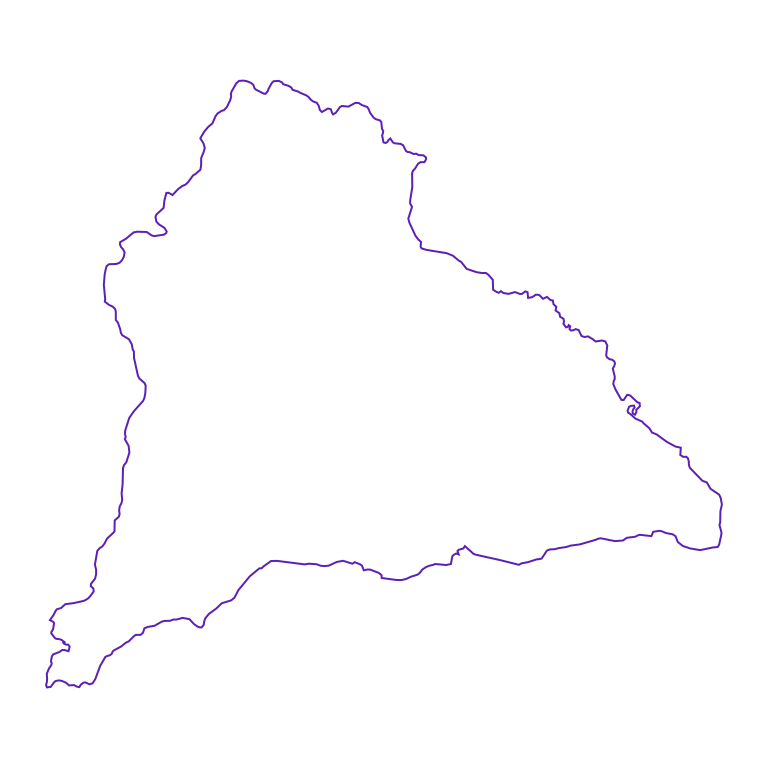 Ermera, Ermera, East Timor, rotated 270°
{"feature_id": "22284137B14876648157947", "entity_name": "Ermera", "entity_type": "district", "adm_level": 2, "iso_a3": "TLS", "parent_name": "East Timor", "parent_adm1": "Ermera", "projection": "orthographic", "projection_center": [125.411, -8.766], "detail": "fine", "context": "isolated", "style": "outline", "palette": "violet", "viewbox_px": 768, "rotation_deg": 270, "n_neighbors": 0, "source": "geoboundaries", "source_scale": "gbopen_adm2", "svg_char_len": 6075}
<svg xmlns="http://www.w3.org/2000/svg" viewBox="0 0 768 768"><g transform="rotate(270 384 384)"><path d="M575.1,166.4L568.0,164.5L560.1,163.6L553.5,156.4L551.0,155.5L546.4,156.4L543.5,159.1L540.1,164.5L536.5,166.7L534.9,166.2L533.4,164.1L531.9,154.3L532.5,151.8L536.0,146.7L536.3,137.3L535.6,133.6L529.1,125.8L525.9,120.2L523.7,119.9L520.9,121.1L518.6,123.1L515.6,124.6L511.1,123.8L507.8,122.0L505.2,119.5L504.0,116.1L503.8,109.1L501.9,106.6L498.7,105.7L493.8,104.7L483.2,103.8L468.9,105.2L466.4,104.8L463.1,109.0L461.4,112.6L459.1,115.1L456.2,115.8L448.0,115.8L445.4,117.9L438.8,120.2L435.1,120.9L432.8,122.2L428.7,129.0L423.7,131.8L418.5,132.7L416.6,133.9L410.1,134.0L392.1,138.0L389.5,139.4L384.9,144.6L382.2,145.7L374.8,145.3L370.1,144.4L367.1,143.1L356.8,133.9L350.0,129.2L337.4,125.2L334.1,125.0L330.9,125.7L328.9,124.8L322.2,128.6L315.4,129.4L305.7,126.3L303.0,124.1L300.1,123.0L283.5,122.6L274.7,121.6L268.2,122.2L264.9,121.5L261.5,119.7L257.5,119.1L254.2,119.6L251.3,118.9L247.6,114.7L236.7,114.5L234.8,112.9L229.4,107.0L224.6,104.6L221.7,102.4L219.6,99.4L217.1,97.3L203.4,94.9L198.4,96.1L193.8,96.1L189.4,95.1L184.1,91.0L181.8,90.8L179.4,93.4L176.6,93.7L171.8,90.2L169.6,88.1L168.0,85.6L167.0,83.3L164.9,73.7L163.8,65.3L160.0,61.1L158.7,56.8L156.9,55.5L152.9,53.5L147.9,49.9L146.2,53.1L144.9,54.1L138.5,53.0L136.2,51.4L134.8,51.2L133.6,52.1L129.8,55.1L129.2,56.2L128.9,59.1L128.1,61.6L125.9,64.5L125.2,63.3L124.5,63.8L123.4,66.0L123.4,68.1L121.7,69.5L121.0,69.6L116.8,68.5L118.0,64.4L118.0,62.2L116.0,59.3L113.6,53.1L111.7,51.9L106.6,50.9L105.0,51.7L103.1,51.4L99.4,48.9L94.3,46.8L89.4,47.1L86.1,46.9L83.1,46.1L80.6,46.9L81.1,50.7L85.6,54.0L87.0,55.7L87.6,59.0L87.1,61.9L85.2,66.1L82.6,69.0L82.9,74.1L81.4,76.8L80.9,79.3L83.2,80.7L85.3,83.4L85.6,85.4L83.7,89.5L84.6,92.5L88.9,95.3L102.2,100.2L111.1,105.4L112.0,107.1L112.6,109.6L114.1,111.7L116.5,112.7L117.7,114.1L121.5,121.1L125.4,126.0L126.6,128.7L131.9,134.0L133.1,135.9L133.1,140.5L135.3,143.0L139.7,144.4L141.1,147.9L142.2,154.5L146.4,161.9L147.1,164.3L147.2,170.0L148.4,173.1L148.5,176.6L150.1,182.6L148.9,189.4L143.9,194.0L141.5,197.4L140.6,199.8L140.6,201.7L143.4,203.8L146.3,204.1L149.7,205.3L154.1,208.9L159.4,216.2L164.7,221.7L167.7,231.3L170.4,234.5L177.9,238.4L191.7,249.8L199.6,259.3L199.8,261.8L201.5,263.4L207.0,271.1L207.1,277.2L203.6,304.8L204.3,308.8L203.8,316.4L202.2,320.9L201.9,324.6L202.4,328.9L206.0,336.6L207.2,343.1L204.3,352.4L205.8,354.8L203.8,359.8L202.5,361.9L197.7,363.8L198.5,367.5L198.4,370.2L195.1,378.8L192.9,381.5L190.0,381.7L188.1,396.0L187.9,401.4L189.1,406.4L191.2,410.7L193.3,417.4L194.8,419.5L198.4,422.3L201.0,426.1L202.3,429.4L203.2,433.4L204.0,435.0L203.0,446.2L204.0,450.9L211.7,452.3L213.2,453.8L214.5,456.2L213.6,458.7L217.0,457.5L218.3,458.9L219.5,463.3L221.9,464.9L214.1,473.6L213.3,475.8L208.0,499.7L203.2,518.9L204.6,521.4L205.8,527.8L208.7,536.9L208.9,539.6L209.5,541.7L217.4,546.9L218.6,550.1L218.8,554.5L219.9,558.8L221.0,566.3L222.4,570.7L223.6,579.9L228.1,595.4L229.5,598.8L229.7,600.9L226.9,614.9L227.5,623.0L230.2,626.8L231.3,635.5L232.3,637.1L233.2,639.6L231.9,651.4L236.2,653.2L237.2,659.5L236.6,662.2L234.9,666.1L233.8,672.5L231.7,675.6L226.0,677.8L222.0,682.9L219.5,690.4L217.9,700.2L220.5,712.7L221.0,717.7L223.3,719.1L233.7,721.4L235.9,721.4L242.8,719.5L245.9,720.2L256.8,720.4L263.4,721.9L270.1,720.7L273.4,719.1L279.2,710.5L285.6,706.8L287.2,702.4L300.1,689.9L303.0,688.9L306.4,688.8L309.6,688.0L311.2,686.4L311.2,683.0L313.1,680.3L320.3,680.8L321.5,675.3L326.1,666.9L333.6,656.6L335.5,652.0L339.7,649.4L344.6,643.7L346.5,642.1L349.4,635.4L353.6,630.8L355.5,628.0L357.3,627.6L361.1,629.0L362.1,630.8L362.4,634.0L360.5,634.6L358.6,633.2L356.5,632.5L354.6,632.8L353.3,635.0L356.0,636.4L358.2,636.3L361.7,639.9L365.0,639.6L365.8,637.3L372.6,630.1L373.2,627.2L368.0,623.7L368.1,621.4L378.3,615.6L383.9,613.3L386.8,613.7L388.9,614.7L391.5,614.7L399.5,612.8L402.3,614.4L404.6,615.0L406.7,614.2L408.3,612.1L408.8,609.6L410.8,606.8L412.9,606.2L422.5,607.3L426.6,605.3L427.5,602.1L426.5,595.7L428.9,592.6L431.6,588.1L431.0,584.4L432.0,581.5L437.9,578.7L438.9,575.7L437.8,573.4L437.5,570.7L439.0,569.5L441.7,570.2L442.9,568.7L441.2,567.9L440.6,566.1L444.2,563.4L446.1,564.0L449.3,563.5L451.2,560.1L454.8,559.4L457.5,555.6L461.2,556.3L463.8,553.5L467.5,552.9L467.9,550.5L471.1,547.0L469.2,543.0L472.9,539.3L473.3,537.4L473.2,535.6L470.9,532.4L470.1,528.1L475.9,527.5L476.6,525.3L474.1,521.9L474.0,520.1L475.9,515.0L474.1,508.4L475.0,503.5L476.8,500.9L475.2,498.7L476.2,496.3L478.3,493.1L488.2,492.8L493.0,488.6L495.0,486.0L495.0,481.8L495.8,476.6L499.1,466.7L506.1,461.2L507.3,458.9L512.3,452.9L514.8,446.7L518.1,426.6L519.6,421.6L521.4,420.6L526.1,421.0L528.4,418.4L532.4,415.4L545.3,409.4L549.4,408.3L561.1,412.0L564.4,410.2L567.1,410.1L581.1,412.3L594.6,412.1L597.1,412.9L599.4,415.0L604.3,418.1L605.9,420.6L605.8,424.3L608.6,426.1L610.5,426.0L612.7,423.4L612.9,418.7L614.3,416.3L614.0,413.6L615.8,409.8L616.0,407.7L617.0,406.0L622.7,403.1L624.1,400.7L624.7,394.7L625.6,392.9L629.5,390.3L627.9,388.4L626.1,387.5L625.0,385.7L625.6,383.5L632.6,382.1L634.3,382.8L637.0,383.2L639.2,382.0L645.9,381.3L647.5,380.1L648.9,375.6L650.6,373.4L655.2,370.1L659.2,368.5L661.0,367.2L662.9,362.0L665.0,358.7L665.2,355.5L661.4,348.4L662.0,342.1L661.0,340.0L655.2,335.8L653.6,333.1L655.1,332.1L658.8,330.8L659.5,327.9L656.0,321.9L658.0,319.9L662.4,318.6L665.3,316.7L666.2,313.8L667.9,311.2L671.2,308.4L672.6,306.3L675.3,300.0L676.3,298.5L678.2,292.6L680.5,291.3L682.1,288.6L683.8,283.2L685.6,282.0L687.1,278.8L686.8,273.7L685.2,271.9L679.3,268.6L677.1,267.9L674.2,265.6L674.4,263.6L678.4,255.9L679.6,254.6L683.3,253.2L685.1,251.0L686.7,247.1L687.4,243.6L687.1,239.1L684.9,236.4L676.1,231.4L673.9,230.9L671.4,231.2L667.7,230.2L660.7,226.7L657.8,223.9L657.1,221.5L654.4,217.4L651.7,215.5L644.6,212.4L641.4,208.5L636.6,204.4L629.7,200.3L624.6,203.5L619.9,204.8L615.5,203.5L610.0,201.2L602.5,201.1L598.3,200.4L594.0,195.5L592.5,193.0L585.6,187.9L583.3,185.4L582.0,182.2L578.9,178.1L573.0,172.5L575.2,168.6L575.1,166.4Z" fill="none" stroke="#5b21b6" stroke-width="2"/></g></svg>